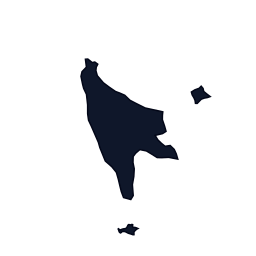 Labuan, Labuan, Malaysia, rotated 314°
{"feature_id": "92858781B93759904190294", "entity_name": "Labuan", "entity_type": "district", "adm_level": 2, "iso_a3": "MYS", "parent_name": "Malaysia", "parent_adm1": "Labuan", "projection": "robinson", "projection_center": [115.205, 5.305], "detail": "fine", "context": "isolated", "style": "filled", "palette": "ink", "viewbox_px": 256, "rotation_deg": 314, "n_neighbors": 0, "source": "geoboundaries", "source_scale": "gbopen_adm2", "svg_char_len": 1608}
<svg xmlns="http://www.w3.org/2000/svg" viewBox="0 0 256 256"><g transform="rotate(314 128 128)"><path d="M157.9,146.9L161.1,143.9L163.8,141.8L154.3,126.4L151.1,116.2L149.3,110.1L149.3,102.9L147.4,97.8L145.6,93.7L144.3,86.0L143.4,78.8L144.3,69.6L147.0,65.0L149.7,62.9L152.9,61.9L152.4,58.3L150.2,56.8L149.7,51.2L147.9,49.6L142.9,55.8L136.6,55.8L132.5,58.3L127.9,65.0L125.7,68.6L123.4,74.7L116.6,82.9L110.2,89.1L106.2,94.2L103.9,100.3L100.3,109.0L97.1,116.7L94.4,121.3L88.5,134.6L88.9,143.4L88.0,150.5L84.4,156.7L80.8,162.3L77.6,167.4L74.9,173.1L78.5,179.7L83.0,178.7L90.3,170.5L97.1,165.9L103.0,160.8L106.6,155.6L111.1,151.5L115.2,151.0L120.7,151.5L124.3,157.2L125.7,163.3L127.0,169.5L129.8,172.6L135.2,177.7L140.2,185.4L142.9,180.7L144.7,176.1L144.7,170.5L140.6,167.4L140.2,162.8L140.2,157.7L141.5,152.6L147.9,156.7L152.0,157.7L154.7,153.1L157.9,146.9ZM201.9,149.6L197.9,148.6L196.4,151.2L195.5,154.5L194.4,157.1L192.6,159.4L193.8,160.7L196.4,160.7L199.6,160.7L202.5,162.1L205.1,164.0L207.7,165.3L207.2,161.1L206.9,157.1L208.6,154.5L208.9,151.6L206.0,151.6L201.9,149.6ZM52.6,195.0L51.4,194.2L50.1,193.6L49.1,193.1L48.9,192.1L49.0,191.2L48.5,191.1L48.2,191.9L47.7,192.8L47.2,193.8L47.1,194.6L47.3,195.5L48.4,195.8L49.4,195.6L51.1,197.4L51.6,198.3L52.1,199.9L52.5,201.3L53.8,203.8L54.6,205.6L55.4,206.4L57.2,204.6L58.3,204.4L59.7,204.4L61.4,204.6L62.6,205.0L62.0,203.4L61.4,202.2L60.8,201.4L59.9,200.6L60.5,199.5L61.7,198.6L61.4,197.8L60.7,197.8L60.1,197.1L59.5,196.2L58.9,195.5L57.9,195.5L57.2,195.8L56.5,196.0L55.0,196.4L53.6,195.8L52.6,195.0Z" fill="#0f172a" stroke="#020617" stroke-width="1.5"/></g></svg>